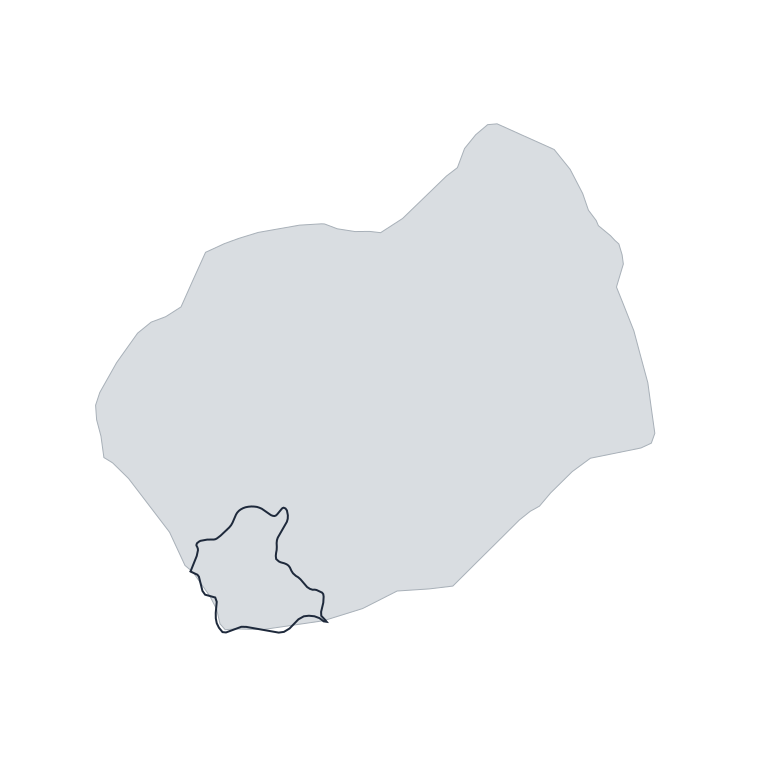 Lesotho, with Butha-Buthe highlighted, rotated 194°
{"feature_id": "LSO-1211", "entity_name": "Butha-Buthe", "entity_type": "District", "adm_level": 1, "iso_a3": "LSO", "parent_name": "Lesotho", "parent_adm1": "", "projection": "orthographic", "projection_center": [28.556, -28.822], "detail": "fine", "context": "in_parent", "style": "outline", "palette": "slate", "viewbox_px": 768, "rotation_deg": 194, "n_neighbors": 0, "source": "natural_earth", "source_scale": "10m", "svg_char_len": 2388}
<svg xmlns="http://www.w3.org/2000/svg" viewBox="0 0 768 768"><g transform="rotate(194 384 384)"><path d="M504.4,517.7L483.4,524.3L480.4,524.9L467.0,523.3L449.0,524.9L434.8,528.6L423.9,530.0L406.0,549.1L373.7,600.9L365.1,611.7L362.8,632.0L355.3,648.1L346.2,660.7L337.2,663.8L310.2,658.9L275.6,652.7L255.3,637.3L237.3,616.9L227.7,602.1L217.7,594.0L214.3,589.5L200.1,582.7L194.7,579.2L190.0,576.7L184.2,566.9L180.8,558.3L181.9,534.3L171.7,520.2L154.4,496.0L143.4,476.1L128.3,449.0L119.0,425.7L109.3,401.7L110.3,391.3L119.2,384.1L145.4,371.6L165.8,361.9L180.2,344.5L196.0,318.6L203.6,303.1L211.3,295.9L219.7,284.9L234.4,260.6L250.8,233.6L268.3,204.6L290.6,196.1L321.2,186.3L350.5,160.9L385.6,139.6L442.2,116.4L468.6,110.5L478.7,107.2L485.1,111.6L491.8,124.8L501.4,135.8L523.7,155.1L533.2,159.8L556.2,188.3L580.7,207.9L609.0,230.5L628.2,241.8L638.0,244.9L646.0,264.9L654.2,279.8L658.7,293.6L657.7,307.1L648.6,340.1L635.4,373.7L624.9,387.7L612.1,396.5L599.6,409.7L594.8,436.8L589.0,468.6L572.8,481.6L560.2,490.1L542.8,500.6L504.4,517.7Z" fill="#d9dde1" stroke="#a8b0b8" stroke-width="1"/><path d="M480.7,104.2L485.2,107.6L488.4,111.4L490.5,115.9L491.9,121.2L493.6,132.2L496.1,136.0L506.6,136.3L510.1,139.3L517.0,152.3L518.9,153.8L526.3,155.2L526.5,155.3L526.3,155.9L524.1,171.8L524.3,177.7L524.8,179.2L525.4,180.1L525.9,180.8L526.5,181.4L527.0,182.1L527.1,183.0L526.9,184.3L525.4,186.3L524.2,187.4L517.8,190.3L511.5,191.9L509.9,192.7L508.7,193.8L505.9,197.3L499.5,207.3L498.2,210.0L497.4,212.9L496.0,221.5L495.3,223.7L494.1,225.9L492.6,227.7L490.6,229.5L488.5,230.9L485.9,232.1L483.0,233.1L480.1,233.7L477.5,234.0L474.9,233.8L472.4,233.4L461.9,229.4L460.0,229.2L458.3,229.4L457.1,230.2L456.1,231.7L453.2,237.8L452.5,239.0L451.4,239.7L449.5,239.4L447.6,237.8L445.5,233.3L444.8,229.9L444.9,226.8L449.9,209.2L450.1,206.6L449.7,203.7L448.6,200.0L448.0,197.0L447.8,193.8L447.4,191.0L446.3,188.1L443.1,186.4L441.2,186.0L437.3,185.9L434.8,185.5L432.8,184.7L430.9,183.2L428.7,180.4L426.5,178.3L423.1,176.5L420.5,175.7L417.8,174.3L409.5,168.4L406.3,167.3L403.5,167.1L401.5,167.7L399.6,167.8L393.6,166.6L392.1,165.4L391.1,163.0L390.0,157.1L389.9,147.7L388.8,143.9L383.9,140.8L382.1,139.4L385.1,139.1L389.9,141.2L395.3,141.8L400.8,141.0L405.6,139.2L410.1,135.0L416.5,123.9L421.1,119.3L426.0,117.3L459.0,115.0L463.7,113.9L477.2,104.7L480.7,104.2Z" fill="none" stroke="#1e293b" stroke-width="2"/></g></svg>